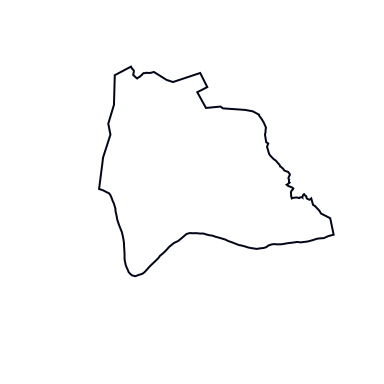 Ihiala, Anambra, Nigeria (Albers equal-area conic projection), rotated 41°
{"feature_id": "59680162B44242102017414", "entity_name": "Ihiala", "entity_type": "district", "adm_level": 2, "iso_a3": "NGA", "parent_name": "Nigeria", "parent_adm1": "Anambra", "projection": "albers", "projection_center": [6.885, 5.839], "detail": "fine", "context": "isolated", "style": "outline", "palette": "ink", "viewbox_px": 384, "rotation_deg": 41, "n_neighbors": 0, "source": "geoboundaries", "source_scale": "gbopen_adm2", "svg_char_len": 2891}
<svg xmlns="http://www.w3.org/2000/svg" viewBox="0 0 384 384"><g transform="rotate(41 192 192)"><path d="M191.9,89.7L185.0,91.2L178.4,95.1L173.3,98.9L160.6,108.5L157.4,108.9L147.4,119.4L130.5,113.2L134.7,102.8L120.1,96.8L105.5,121.5L99.2,124.1L84.5,126.4L82.5,129.4L80.5,131.2L79.8,131.8L79.3,131.9L78.4,133.3L77.5,134.0L77.2,135.6L77.4,136.3L77.3,137.1L77.1,137.6L77.0,139.4L76.4,140.6L76.1,142.3L74.2,142.4L70.7,142.2L70.4,141.3L69.8,140.7L69.8,140.3L69.0,139.2L68.4,138.5L67.9,138.5L67.1,138.2L66.1,138.3L65.5,138.0L65.2,138.0L63.7,137.4L57.1,154.5L75.9,177.4L84.0,195.4L92.8,202.2L102.3,224.4L105.7,229.4L119.9,250.7L123.7,249.1L130.5,247.4L132.7,248.0L135.4,249.3L138.2,250.9L140.3,251.8L143.4,253.7L145.2,254.9L146.7,256.5L150.1,259.0L154.0,262.1L156.2,263.4L160.1,265.6L162.5,266.8L165.6,268.4L169.0,270.9L171.4,272.8L172.2,273.5L173.9,274.9L176.6,277.8L179.0,280.2L179.6,280.8L182.1,283.4L183.6,285.2L185.1,286.8L186.9,288.4L187.4,288.7L189.4,290.2L189.7,290.5L192.1,291.8L194.2,292.7L196.7,294.0L198.8,294.3L201.3,294.3L201.5,294.2L204.4,292.8L204.8,292.1L206.3,289.4L208.2,286.3L208.8,283.6L208.9,279.5L208.9,276.1L209.3,271.8L209.6,268.7L210.0,264.1L209.7,261.3L210.4,256.9L210.7,253.5L210.8,248.0L211.0,247.0L211.2,245.9L211.8,242.4L213.1,239.4L213.7,238.1L214.4,234.1L215.0,230.0L215.4,227.3L217.0,224.8L217.2,224.5L217.7,224.1L220.4,222.0L221.9,220.5L225.0,218.3L227.8,215.9L230.7,214.6L231.2,214.4L233.7,213.1L235.9,211.6L239.0,210.4L239.6,210.1L239.8,210.0L243.1,208.4L248.2,206.1L251.6,205.2L255.3,203.7L258.7,202.5L262.1,201.3L264.3,200.0L268.0,198.2L270.8,197.0L272.7,195.9L273.0,195.8L275.0,194.5L275.5,194.2L278.3,192.4L279.8,190.5L280.7,189.5L281.9,188.2L282.6,187.5L284.2,185.0L284.8,182.2L286.0,180.2L286.4,179.4L288.3,177.3L288.5,177.2L290.8,175.5L293.3,173.3L295.7,170.5L297.6,168.1L300.7,164.7L303.8,161.1L304.5,160.4L307.0,158.8L311.6,153.7L314.4,149.6L317.0,145.3L318.9,143.1L321.7,140.4L323.9,135.7L326.4,132.0L326.9,131.3L313.5,121.1L303.6,123.6L300.5,122.6L294.0,121.9L291.8,122.3L286.2,118.6L285.8,120.7L283.7,121.5L282.6,121.4L281.9,121.0L281.3,120.4L280.5,120.3L279.9,120.4L279.0,120.4L278.0,120.1L277.8,120.6L277.9,121.6L278.7,123.5L278.9,123.7L278.2,123.7L277.6,124.7L277.0,125.3L276.9,126.3L274.5,127.5L271.6,130.7L271.5,131.3L270.7,130.9L269.6,130.1L266.7,127.1L266.2,125.1L266.5,123.9L266.1,122.8L264.1,123.0L263.3,123.4L260.5,124.3L260.0,124.4L258.7,124.4L259.0,123.6L259.5,120.9L258.7,120.9L258.2,120.4L257.9,120.0L257.3,119.0L256.2,118.7L255.3,117.7L254.6,114.8L254.2,114.4L251.5,113.8L250.3,114.2L248.0,115.1L247.1,115.1L245.5,114.7L242.5,114.6L241.7,114.9L240.4,114.1L237.8,113.8L234.6,113.3L232.2,113.6L227.4,113.2L225.3,112.7L219.0,108.7L217.7,105.4L215.3,105.7L211.8,102.8L209.1,100.5L208.5,98.9L206.8,96.9L205.6,94.9L203.1,93.7L201.0,92.7L197.3,91.4L193.4,90.5L192.6,90.3L191.9,89.7Z" fill="none" stroke="#020617" stroke-width="2"/></g></svg>